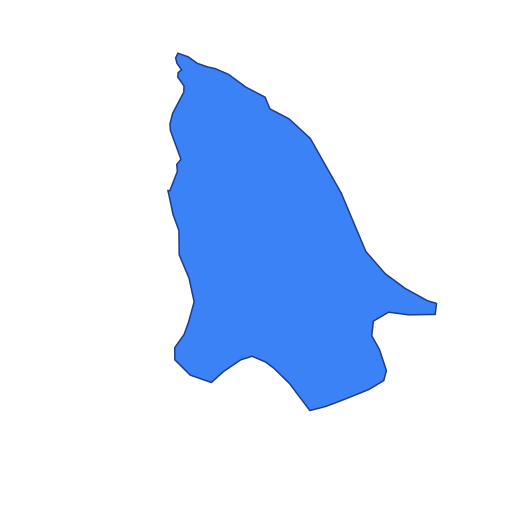 Unjon, P'yŏngan-bukto, North Korea (Albers equal-area conic projection), rotated 125°
{"feature_id": "82179303B11827018498152", "entity_name": "Unjon", "entity_type": "district", "adm_level": 2, "iso_a3": "PRK", "parent_name": "North Korea", "parent_adm1": "P'yŏngan-bukto", "projection": "albers", "projection_center": [125.407, 39.666], "detail": "fine", "context": "isolated", "style": "filled", "palette": "blue", "viewbox_px": 512, "rotation_deg": 125, "n_neighbors": 0, "source": "geoboundaries", "source_scale": "gbopen_adm2", "svg_char_len": 944}
<svg xmlns="http://www.w3.org/2000/svg" viewBox="0 0 512 512"><g transform="rotate(125 256 256)"><path d="M134.7,436.3L139.9,435.4L143.5,431.3L146.3,423.7L150.4,425.0L154.3,422.7L158.0,412.5L163.3,409.1L187.1,406.1L197.2,402.2L202.2,398.2L219.8,373.0L226.5,373.4L231.9,368.9L251.9,364.0L252.9,365.7L259.4,358.6L269.4,348.0L279.4,333.7L299.1,319.6L312.5,298.2L329.0,280.4L348.6,273.4L361.6,269.9L377.7,270.0L387.6,262.9L391.3,241.5L385.2,220.0L369.1,216.3L349.9,209.0L340.4,201.8L337.4,187.5L337.7,176.8L341.3,155.3L351.7,123.2L339.0,112.4L323.1,101.6L300.8,87.1L284.8,79.9L275.1,83.4L261.8,101.2L255.0,115.4L242.0,122.5L226.0,115.2L216.7,97.3L201.1,75.7L191.3,80.9L194.3,89.9L197.0,115.0L196.4,140.0L189.3,168.6L169.2,200.6L155.8,221.9L142.2,250.4L128.6,278.9L124.7,307.5L127.5,329.0L120.7,339.6L123.5,361.1L123.0,382.6L125.9,396.9L128.9,404.1L131.9,414.8L131.7,425.6L134.7,436.3Z" fill="#3b82f6" stroke="#1e3a8a" stroke-width="1.5"/></g></svg>